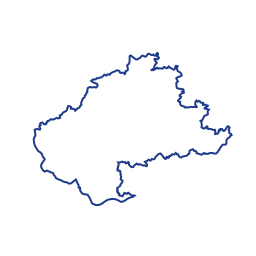 Placas, Pará, Brazil (Natural Earth projection), rotated 249°
{"feature_id": "56859067B95066885708505", "entity_name": "Placas", "entity_type": "district", "adm_level": 2, "iso_a3": "BRA", "parent_name": "Brazil", "parent_adm1": "Pará", "projection": "natural_earth1", "projection_center": [-54.527, -3.914], "detail": "fine", "context": "isolated", "style": "outline", "palette": "blue", "viewbox_px": 256, "rotation_deg": 249, "n_neighbors": 0, "source": "geoboundaries", "source_scale": "gbopen_adm2", "svg_char_len": 5815}
<svg xmlns="http://www.w3.org/2000/svg" viewBox="0 0 256 256"><g transform="rotate(249 128 128)"><path d="M187.4,182.4L187.5,181.9L187.2,181.2L186.0,180.8L185.7,180.1L185.8,179.1L186.4,178.5L187.5,178.1L187.4,177.0L187.7,176.1L189.6,174.4L190.1,173.4L188.3,170.5L188.6,169.3L190.1,168.0L190.4,167.4L190.1,165.9L189.2,164.7L188.7,160.9L189.5,159.7L194.2,156.9L194.7,156.4L194.8,155.7L194.1,155.1L190.6,153.8L187.9,152.2L187.5,151.8L187.1,150.2L186.6,149.6L183.6,149.2L182.5,148.7L181.9,148.2L181.9,146.2L179.6,144.7L179.6,144.2L180.7,144.2L181.1,143.9L182.2,140.7L182.7,140.3L183.8,140.5L184.7,140.1L185.9,138.2L185.5,136.0L185.6,134.1L185.2,131.1L184.3,130.2L185.4,128.3L184.7,126.6L186.2,125.3L186.2,124.8L185.5,123.7L184.8,121.1L185.2,119.9L185.1,118.0L185.7,116.7L185.0,115.2L185.9,112.8L185.1,110.5L182.9,112.0L180.4,114.8L179.3,115.0L178.4,114.9L177.6,113.8L177.2,112.6L178.2,111.5L178.6,109.4L180.0,106.8L179.6,104.6L179.0,104.4L177.2,103.1L176.1,103.0L175.6,101.7L174.2,100.7L173.8,99.4L172.3,98.5L171.5,96.1L170.2,95.2L169.0,93.8L167.2,92.8L166.3,92.9L165.7,91.3L164.6,90.1L164.2,86.9L163.7,86.6L163.1,84.9L164.7,84.7L165.3,83.7L166.2,82.9L166.5,81.6L167.7,82.3L168.3,82.2L169.9,80.4L169.8,79.7L166.7,77.4L166.0,76.1L165.7,72.8L164.2,71.0L164.3,69.1L163.8,68.6L162.3,68.6L161.8,68.0L161.9,66.4L163.0,65.1L162.9,63.4L162.6,62.3L162.8,60.8L163.8,59.3L163.8,58.8L163.1,57.1L163.3,55.3L162.4,54.7L162.3,53.7L161.3,53.3L161.4,52.8L161.0,52.4L161.4,51.3L161.9,50.9L163.8,50.0L164.0,48.3L163.4,47.3L161.9,47.4L161.6,46.0L161.1,45.7L158.9,46.0L158.1,45.3L158.2,44.8L159.7,42.9L159.9,40.3L154.4,39.0L151.5,36.0L147.4,34.9L144.6,34.8L141.0,35.4L138.5,36.0L136.9,37.3L134.7,38.3L131.9,38.2L128.9,39.1L128.5,38.9L125.7,34.8L124.6,33.7L123.4,33.1L121.9,33.0L119.3,33.4L117.2,34.5L117.3,37.1L114.1,40.2L112.9,41.9L110.6,41.9L108.9,42.7L107.2,42.7L104.4,45.2L103.5,46.6L101.4,48.1L100.0,49.9L99.2,51.5L97.4,52.7L96.7,54.9L98.6,60.9L93.8,61.1L92.5,61.4L91.5,61.2L90.4,60.6L89.7,60.8L89.4,61.8L86.7,60.9L83.4,61.7L82.0,63.0L80.7,65.7L79.8,66.5L76.3,67.2L71.6,67.4L69.8,67.8L69.0,69.1L67.7,70.1L67.0,71.8L66.5,74.3L67.0,78.0L67.4,78.7L68.1,82.4L68.2,83.6L67.5,87.9L65.5,91.5L62.1,94.5L61.2,95.7L61.4,99.7L61.9,101.2L62.4,104.1L62.0,107.8L62.5,110.0L62.9,109.6L63.0,107.7L64.5,107.0L65.7,105.8L67.3,105.4L67.5,104.7L67.0,103.6L67.1,103.0L68.0,102.4L67.9,101.8L68.6,101.1L66.8,99.3L66.3,98.1L67.2,97.5L67.7,96.2L68.2,95.7L68.7,95.5L69.9,96.4L70.7,95.6L71.2,95.8L71.6,95.3L72.1,95.5L72.5,95.1L73.4,95.9L74.1,96.2L74.5,95.8L75.8,96.4L76.8,100.1L77.9,100.7L79.5,103.2L80.3,103.9L81.0,103.9L82.6,102.7L85.0,104.2L86.5,104.2L88.3,104.9L88.9,104.7L90.4,105.4L91.2,104.3L91.7,104.2L91.9,103.1L92.4,103.0L94.0,103.8L94.2,104.3L95.2,104.6L96.4,105.8L96.9,105.8L98.6,106.8L99.3,106.6L98.7,107.9L98.7,110.5L97.8,111.1L97.1,113.1L96.5,113.0L95.8,113.3L95.7,114.6L96.2,115.5L96.1,116.1L95.2,116.5L94.3,115.9L93.2,115.8L90.4,117.1L90.0,117.7L89.7,118.9L90.8,120.5L91.7,123.3L91.4,123.8L90.4,124.2L90.0,124.7L90.0,126.2L88.0,128.0L87.4,129.0L87.1,130.2L85.8,131.3L85.7,131.8L86.0,132.2L87.4,132.7L90.4,131.7L90.4,134.3L91.1,135.7L89.5,137.2L89.6,137.7L90.5,139.0L89.5,140.8L89.8,141.9L90.9,143.1L92.4,146.1L92.7,147.8L92.6,149.1L92.0,149.5L88.7,150.6L87.8,150.6L87.2,151.0L87.0,151.6L86.0,151.5L85.6,152.6L86.0,153.3L87.0,153.9L86.8,154.5L85.7,155.1L85.8,155.7L87.0,156.5L86.7,158.2L86.9,158.7L87.5,158.9L87.5,160.0L86.7,161.6L87.6,163.7L86.0,164.1L85.6,165.3L83.1,165.4L82.4,165.9L81.9,166.2L81.4,167.4L81.8,168.7L81.1,173.2L82.1,175.3L82.0,175.9L84.5,177.3L84.9,178.0L84.9,181.0L84.5,181.4L83.5,181.3L82.9,181.6L82.2,183.0L81.1,183.3L79.9,182.9L79.1,184.2L76.7,187.0L77.4,190.1L76.4,190.4L76.2,190.9L76.2,191.6L75.2,193.1L75.1,194.0L75.4,195.1L75.2,196.2L73.9,198.7L73.0,199.6L72.6,201.1L73.0,202.4L74.9,204.9L75.1,205.7L76.2,206.5L76.5,207.3L78.2,209.6L78.4,210.6L77.6,213.0L78.1,214.2L80.3,215.1L81.9,216.1L82.8,218.1L83.0,219.7L83.8,220.4L84.3,222.2L85.5,222.1L86.4,221.1L87.2,220.7L89.1,221.5L90.2,221.3L91.8,222.9L92.4,223.0L93.6,222.2L93.9,221.6L91.3,217.9L90.8,216.5L91.3,216.0L93.3,215.5L94.0,214.0L93.5,213.5L93.0,213.7L92.7,213.2L93.6,212.3L93.2,211.8L91.3,210.9L90.7,209.9L90.5,209.5L91.2,208.4L91.1,207.2L91.6,207.2L92.0,207.9L95.1,208.5L95.5,207.1L97.1,205.4L98.3,202.7L99.2,201.7L99.8,201.8L100.2,202.5L100.8,202.7L101.3,202.2L100.1,199.2L101.3,197.5L102.3,196.9L103.4,197.6L107.0,198.7L108.6,198.2L108.7,198.8L108.3,199.5L108.6,200.0L112.0,203.7L111.9,206.1L112.1,207.2L112.5,207.8L114.1,207.9L115.2,208.5L116.1,210.1L117.8,208.3L118.6,206.5L119.1,206.6L119.6,207.4L119.9,210.3L120.4,210.5L121.3,209.1L122.2,208.4L122.7,206.2L124.5,207.1L125.8,204.8L127.3,204.6L127.7,204.1L128.0,203.6L127.7,202.4L129.1,201.8L128.5,200.6L127.1,199.7L125.7,199.2L123.1,199.8L123.0,199.0L124.0,197.5L124.3,195.8L125.1,194.6L125.8,190.7L126.6,189.9L126.6,188.7L126.9,188.3L127.7,188.3L128.1,188.0L129.7,185.8L130.6,185.4L131.8,185.3L133.7,186.0L133.8,185.3L135.4,184.4L135.8,184.6L137.5,188.4L138.0,188.8L139.6,187.7L140.1,188.0L141.0,190.6L141.0,192.6L142.5,191.9L142.2,192.9L142.9,193.5L144.3,193.3L145.3,192.1L146.5,189.4L147.9,188.0L149.1,188.1L152.7,189.2L153.5,191.3L157.1,190.8L157.4,191.4L157.6,192.8L157.5,196.2L157.7,196.8L158.5,197.1L160.8,196.9L162.8,195.2L163.7,194.8L166.4,194.9L167.8,196.5L168.7,195.4L168.8,194.9L168.4,194.4L166.3,192.8L166.0,192.3L166.1,191.5L169.5,188.7L170.9,188.1L170.8,187.6L170.0,187.0L170.1,185.0L171.4,184.3L171.9,183.7L172.0,183.0L171.2,182.3L171.0,181.6L172.2,179.3L172.6,177.4L173.7,177.2L173.8,176.4L173.2,174.6L173.0,172.6L173.3,171.1L173.7,170.8L174.0,171.5L174.1,173.3L177.3,175.8L178.2,178.0L178.7,178.3L181.8,177.2L182.9,177.6L182.7,178.3L181.7,179.9L181.7,180.8L182.2,181.9L182.7,182.1L184.3,181.0L185.8,182.3L186.5,182.6L187.4,182.4Z" fill="none" stroke="#1e3a8a" stroke-width="2"/></g></svg>